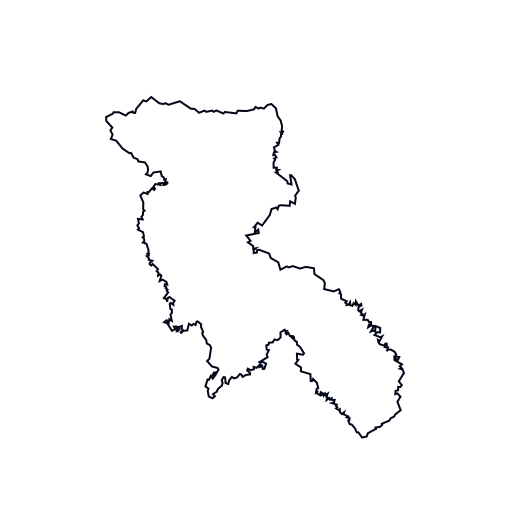 Alfred Nzo, Eastern Cape, South Africa, rotated 19°
{"feature_id": "47623444B30321887561170", "entity_name": "Alfred Nzo", "entity_type": "district", "adm_level": 2, "iso_a3": "ZAF", "parent_name": "South Africa", "parent_adm1": "Eastern Cape", "projection": "natural_earth1", "projection_center": [29.551, -30.65], "detail": "fine", "context": "isolated", "style": "outline", "palette": "ink", "viewbox_px": 512, "rotation_deg": 19, "n_neighbors": 0, "source": "geoboundaries", "source_scale": "gbopen_adm2", "svg_char_len": 6147}
<svg xmlns="http://www.w3.org/2000/svg" viewBox="0 0 512 512"><g transform="rotate(19 256 256)"><path d="M327.7,256.9L317.1,254.0L314.8,248.7L306.6,250.1L301.8,253.5L293.9,253.6L291.0,256.0L288.6,255.8L283.5,261.0L279.1,254.7L270.6,253.1L267.6,249.4L256.9,249.1L255.2,250.2L255.7,252.4L252.9,254.0L251.9,251.1L253.3,248.8L251.0,250.1L250.1,247.5L243.9,245.7L245.9,243.4L240.1,239.8L251.1,233.4L249.5,230.3L247.2,234.1L246.0,228.8L244.8,229.3L246.7,224.0L251.8,225.2L255.7,212.9L255.4,206.5L259.5,203.5L261.2,204.7L261.2,201.0L263.2,199.8L271.5,197.6L270.5,193.2L275.8,194.0L274.6,187.9L273.3,186.2L275.2,180.3L267.7,170.7L262.9,168.1L261.9,168.6L266.3,176.8L262.3,177.1L261.2,175.1L247.7,170.5L249.1,169.7L247.7,168.5L249.0,167.3L246.9,167.6L246.9,165.7L243.9,166.8L242.1,161.6L242.8,158.8L241.4,157.8L243.2,156.2L240.9,154.1L239.5,154.9L239.2,152.0L241.3,150.9L239.6,150.5L237.6,147.5L241.0,143.6L239.1,142.1L241.0,141.5L240.0,137.3L240.8,134.9L240.0,133.1L240.9,132.2L239.4,131.1L240.8,131.0L241.1,129.5L239.4,129.1L238.5,124.9L235.2,119.9L231.0,116.9L226.7,109.8L221.0,107.3L217.7,109.5L215.5,114.0L211.6,114.4L210.3,115.8L207.1,115.2L206.3,118.1L200.0,122.0L191.4,124.6L191.0,127.5L179.6,130.0L178.9,131.9L171.1,131.3L169.2,133.4L167.2,132.8L162.0,135.9L159.9,135.3L155.6,139.1L150.1,137.0L146.4,137.9L133.6,134.5L124.0,141.5L120.6,141.0L118.9,142.5L114.9,143.1L105.2,139.8L102.0,145.6L98.7,145.5L94.9,155.7L95.1,160.1L92.7,160.5L92.2,159.6L89.0,162.1L87.1,165.6L79.7,164.7L74.5,166.5L74.4,167.9L69.0,173.5L70.6,177.2L78.3,181.3L77.5,184.7L80.9,187.9L80.7,192.6L86.3,192.5L94.7,197.8L102.7,200.0L104.3,199.2L108.3,202.9L112.3,203.0L114.1,204.9L120.6,203.7L124.3,206.6L125.8,209.3L126.3,212.4L125.4,214.6L130.5,214.7L131.8,210.5L138.4,207.1L140.8,211.0L143.3,211.8L144.4,213.8L145.7,212.8L146.1,215.2L148.3,215.3L148.5,216.4L146.9,218.3L144.7,219.3L147.5,215.9L140.8,218.7L142.4,219.9L137.4,220.7L136.5,224.0L138.6,225.2L138.1,226.7L135.7,225.8L133.6,231.0L132.6,231.0L133.2,232.7L129.0,232.6L126.9,236.5L132.0,242.0L134.2,248.8L135.8,249.4L134.9,251.2L135.7,254.0L134.9,256.4L136.9,258.3L132.3,259.4L134.7,263.3L133.8,265.7L136.3,267.8L135.7,269.5L141.4,270.2L143.7,274.0L142.8,275.3L144.5,276.0L145.6,278.6L144.7,280.1L148.4,280.1L152.3,285.1L153.4,288.5L154.9,288.2L152.6,289.4L154.3,290.6L152.8,291.7L155.6,293.1L155.9,294.6L159.5,294.3L157.7,297.4L158.3,298.6L160.2,299.0L160.8,297.2L167.6,300.3L167.1,302.7L169.1,303.4L169.8,306.5L171.3,304.7L172.9,305.4L173.1,311.0L175.2,308.8L179.7,309.6L181.4,312.0L179.1,312.3L179.4,314.3L181.3,314.7L181.2,316.0L183.3,316.5L182.9,318.0L184.8,319.0L182.6,325.8L185.3,325.9L186.9,328.2L186.2,324.5L187.5,323.0L193.6,324.8L192.9,327.6L193.7,329.0L190.4,328.2L190.0,329.4L192.4,334.1L193.9,334.1L195.0,337.0L194.2,339.2L197.5,344.7L194.6,344.0L195.2,347.6L192.5,345.8L190.7,348.5L194.0,348.5L200.9,354.1L203.5,351.4L201.4,349.5L203.4,348.6L204.6,348.6L205.5,353.0L206.3,352.8L207.6,350.1L205.9,348.5L208.7,346.3L209.4,348.8L211.0,349.9L209.6,352.6L210.3,353.0L211.6,350.5L215.3,348.7L214.6,342.0L217.8,342.6L219.1,340.5L221.3,340.9L221.1,337.7L222.0,336.8L226.4,338.4L227.1,341.0L230.7,344.9L230.2,346.2L231.6,348.4L236.3,351.7L238.0,354.7L241.4,355.3L243.4,357.3L245.4,368.2L244.0,371.3L250.4,374.8L256.2,374.4L257.6,375.8L256.9,378.6L254.0,380.0L253.9,383.0L257.0,379.6L255.0,386.0L252.4,384.0L251.8,388.4L250.4,388.6L250.6,395.7L254.3,396.9L254.4,399.5L257.1,404.2L261.2,404.7L262.8,402.0L260.3,400.7L263.0,397.2L263.5,393.6L265.8,390.0L265.8,387.1L264.0,384.4L264.8,381.0L266.3,380.8L268.6,386.0L271.4,386.1L271.1,382.3L272.6,378.2L275.1,378.9L277.6,377.0L279.1,373.0L280.6,372.7L282.7,374.7L285.3,371.7L288.9,369.9L288.6,368.6L284.9,367.1L285.0,365.2L288.1,365.7L290.9,363.7L289.9,361.6L292.7,361.7L295.4,357.0L296.7,357.4L296.1,359.4L297.9,358.2L299.2,360.6L300.6,360.1L300.6,354.5L295.7,353.8L295.1,355.7L293.7,355.3L299.9,347.9L298.2,345.8L298.8,340.8L296.6,341.0L294.8,337.1L296.7,335.9L296.4,333.8L299.9,332.3L300.6,328.9L303.6,328.6L304.8,327.1L305.7,324.7L304.0,320.3L307.1,316.4L308.4,317.8L309.5,317.0L309.3,319.5L310.5,320.1L311.5,318.1L314.2,320.6L318.0,319.5L316.1,321.2L317.5,322.1L318.6,320.9L319.7,323.2L322.6,323.9L323.5,326.4L327.2,327.6L333.1,332.4L332.5,334.1L326.5,335.0L328.6,340.5L329.8,340.5L328.3,345.0L334.9,346.8L335.9,350.4L345.9,350.0L348.5,356.4L350.0,355.6L350.0,353.7L355.0,356.2L357.8,360.7L356.6,362.0L357.2,365.8L358.2,364.6L358.6,366.0L362.4,366.9L363.2,366.1L361.8,365.3L361.6,363.7L364.0,364.1L365.4,366.0L366.0,363.5L367.1,364.7L368.5,362.9L368.4,366.2L369.5,366.3L369.7,369.1L371.5,366.6L372.4,367.7L373.9,365.9L374.4,367.4L377.2,366.5L377.4,369.0L375.7,370.3L380.7,370.2L380.2,371.5L382.1,372.5L381.3,374.0L384.3,374.7L385.2,373.6L386.1,376.2L388.5,377.5L390.1,375.2L390.0,377.1L395.2,377.7L394.4,379.0L397.3,378.9L397.8,380.5L396.8,381.5L399.4,384.5L401.4,384.2L405.4,386.5L408.7,389.9L410.2,389.4L415.4,393.1L419.4,390.7L419.5,387.1L425.7,380.4L424.8,379.3L428.9,377.1L430.3,374.5L429.6,373.6L435.6,368.3L436.2,365.5L438.8,363.0L439.2,360.5L443.0,354.7L437.2,347.8L438.4,342.0L434.5,339.9L432.7,341.3L431.9,338.1L434.1,336.7L433.0,333.4L435.1,332.9L435.9,330.6L431.8,328.0L434.0,318.5L431.4,315.5L429.1,315.7L430.3,314.6L427.8,313.4L429.3,310.9L420.8,309.3L419.8,306.8L423.9,308.4L424.4,304.9L420.2,305.5L420.5,303.3L418.2,301.4L413.8,300.6L411.3,301.6L410.6,303.4L410.6,299.4L407.8,300.1L408.8,297.8L408.0,296.3L406.8,296.8L406.6,299.0L401.8,299.1L399.9,297.8L398.7,295.7L400.5,296.2L401.4,290.9L400.1,292.3L393.8,292.1L395.4,288.6L398.2,287.9L396.9,283.6L391.9,283.3L393.2,288.6L391.8,288.0L389.2,290.0L390.5,283.8L387.2,284.5L385.3,286.9L385.1,284.1L387.1,282.9L386.3,281.0L384.4,281.7L382.4,280.0L378.3,281.4L377.9,275.8L376.9,277.5L374.6,277.5L375.3,276.2L373.6,275.4L373.7,272.2L371.6,274.7L370.2,273.9L369.7,270.9L371.8,268.4L371.0,267.1L369.0,269.5L365.3,266.4L366.3,269.8L363.7,268.7L363.4,271.7L361.3,271.9L360.0,269.1L359.5,271.9L357.7,272.8L357.8,271.8L355.7,271.1L356.5,269.2L350.3,268.7L348.9,264.6L347.0,264.1L347.6,262.8L345.2,260.4L341.0,264.2L331.2,265.1L330.0,259.3L327.7,256.9Z" fill="none" stroke="#020617" stroke-width="2"/></g></svg>